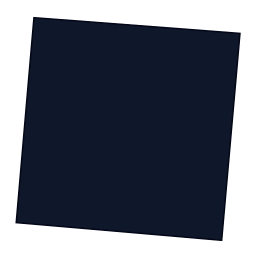 King, Texas, United States of America (Robinson projection), rotated 275°
{"feature_id": "52423323B16867264390271", "entity_name": "King", "entity_type": "district", "adm_level": 2, "iso_a3": "USA", "parent_name": "United States of America", "parent_adm1": "Texas", "projection": "robinson", "projection_center": [-100.265, 33.617], "detail": "fine", "context": "isolated", "style": "filled", "palette": "ink", "viewbox_px": 256, "rotation_deg": 275, "n_neighbors": 0, "source": "geoboundaries", "source_scale": "gbopen_adm2", "svg_char_len": 237}
<svg xmlns="http://www.w3.org/2000/svg" viewBox="0 0 256 256"><g transform="rotate(275 128 128)"><path d="M24.3,231.1L232.0,231.3L229.7,24.7L209.2,24.7L24.0,24.9L24.3,231.1Z" fill="#0f172a" stroke="#020617" stroke-width="1.5"/></g></svg>